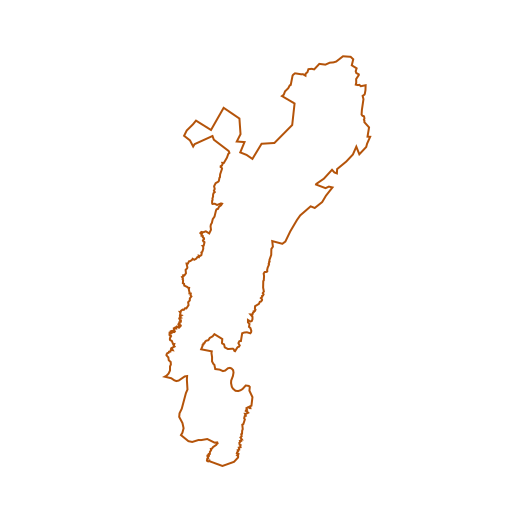 outline of Cuetzala del Progreso, Guerrero, Mexico, rotated 10°
{"feature_id": "50627088B8879527191332", "entity_name": "Cuetzala del Progreso", "entity_type": "district", "adm_level": 2, "iso_a3": "MEX", "parent_name": "Mexico", "parent_adm1": "Guerrero", "projection": "orthographic", "projection_center": [-99.835, 18.107], "detail": "fine", "context": "isolated", "style": "outline", "palette": "amber", "viewbox_px": 512, "rotation_deg": 10, "n_neighbors": 0, "source": "geoboundaries", "source_scale": "gbopen_adm2", "svg_char_len": 6104}
<svg xmlns="http://www.w3.org/2000/svg" viewBox="0 0 512 512"><g transform="rotate(10 256 256)"><path d="M187.1,390.7L193.8,391.1L197.1,392.6L199.3,393.0L201.5,392.1L206.7,387.0L209.0,386.2L209.4,389.8L211.7,399.4L210.8,403.1L209.4,419.3L208.0,424.2L208.3,427.8L212.6,433.3L214.6,438.2L214.2,442.9L213.2,445.4L221.6,450.1L225.5,450.2L231.3,447.2L234.0,446.8L239.8,444.7L247.6,447.0L250.2,446.3L250.7,447.2L249.8,448.2L249.7,448.9L246.9,451.6L246.1,453.3L245.0,453.8L245.5,455.1L244.6,457.0L244.9,458.9L243.9,459.2L244.4,461.0L244.2,461.4L242.9,460.9L242.8,461.3L244.1,463.8L243.2,464.2L243.2,466.0L243.6,466.4L244.6,466.6L245.7,465.7L245.9,466.2L259.4,468.6L270.1,462.5L273.3,457.6L273.2,456.3L272.1,455.6L273.0,454.8L273.1,453.9L271.4,453.6L271.6,452.4L272.3,451.4L271.7,450.4L273.1,449.6L272.3,447.7L274.0,447.0L273.5,445.9L273.7,444.9L272.6,444.6L272.0,442.9L272.8,441.6L272.4,440.9L273.6,440.6L273.3,439.2L273.9,439.1L272.2,437.4L273.2,436.0L272.4,434.1L273.1,433.5L272.7,430.4L273.0,428.8L271.8,424.5L272.7,423.8L273.4,418.9L272.5,417.8L272.7,415.6L273.7,415.1L272.5,413.3L273.6,413.1L275.5,411.7L274.1,410.7L272.8,410.3L272.9,409.7L273.9,409.1L273.0,407.5L274.7,406.1L276.0,406.9L276.9,406.8L276.2,405.1L277.5,404.2L277.0,395.6L272.9,389.8L272.6,386.0L271.5,385.2L268.4,385.3L265.8,389.4L264.1,390.9L261.9,392.1L259.2,392.3L256.3,390.6L254.9,389.0L253.5,385.5L253.2,382.9L254.1,378.2L254.1,374.7L253.3,372.4L251.4,371.0L249.7,370.7L247.9,371.4L245.5,374.2L243.4,375.1L239.9,374.2L235.5,374.4L233.9,370.4L232.8,369.7L231.0,367.4L230.3,363.2L229.0,359.4L229.0,357.6L218.2,357.4L219.0,353.8L218.8,353.0L219.7,352.2L219.4,351.3L220.5,350.5L220.9,349.0L221.8,348.0L223.7,347.2L224.7,344.7L227.2,342.7L228.6,340.2L237.2,343.6L237.6,347.6L237.9,348.0L239.9,348.6L241.1,351.4L244.5,352.5L249.3,351.3L250.3,351.8L251.2,353.2L251.9,353.4L253.5,349.4L254.1,348.7L254.9,348.4L255.5,346.9L253.9,345.1L253.9,344.3L254.5,342.7L255.9,342.4L255.8,334.5L257.7,333.4L260.3,332.7L263.8,333.1L264.4,332.0L264.4,330.6L263.0,327.9L261.4,327.0L261.4,324.1L259.6,322.7L259.2,320.4L261.9,321.5L263.1,320.8L263.5,318.9L263.1,316.5L260.7,314.5L262.7,314.2L262.8,312.5L263.6,311.6L263.3,310.9L264.6,310.2L264.8,308.9L264.1,308.4L263.8,305.6L267.2,302.6L267.7,300.5L268.9,299.9L269.6,298.5L269.5,297.6L268.1,296.6L269.2,295.1L268.9,294.3L269.8,293.6L270.1,292.4L269.1,291.4L269.9,289.6L268.5,285.9L267.5,279.4L267.9,278.7L267.4,274.3L266.6,272.0L267.3,270.3L269.3,269.8L269.8,269.0L269.4,267.9L269.5,265.4L270.3,262.2L269.8,261.6L270.1,260.9L269.9,259.6L270.4,259.2L269.9,257.8L270.8,252.3L269.9,246.4L271.0,243.9L269.4,238.5L279.8,239.4L282.4,236.7L285.5,225.7L290.1,213.4L292.5,208.3L301.2,197.6L305.5,198.5L311.8,191.4L314.4,184.5L319.4,175.2L315.7,175.0L312.7,177.1L302.7,175.2L302.8,174.6L309.4,168.1L315.9,157.9L318.7,160.1L321.3,160.6L320.8,156.3L328.5,147.3L333.8,139.2L335.8,130.9L340.1,137.9L345.6,129.5L345.9,126.1L347.7,118.8L345.1,119.1L345.0,109.7L339.5,105.4L339.2,103.7L338.6,103.1L338.9,101.7L338.3,100.1L337.8,99.5L336.6,99.5L335.4,98.4L334.9,93.6L334.6,82.9L333.2,79.8L334.8,78.2L335.0,77.3L335.0,73.7L334.3,68.8L329.7,70.6L328.1,69.5L326.7,70.0L324.5,69.9L324.6,67.8L323.9,64.3L325.8,60.0L325.7,59.3L323.0,58.4L322.1,56.7L322.5,53.7L317.2,51.6L317.6,45.4L314.6,43.4L307.0,44.2L301.2,50.6L298.6,51.9L295.1,52.8L291.1,55.5L285.0,55.8L280.9,62.1L278.3,62.0L275.2,62.9L274.7,66.1L273.2,67.8L273.4,69.8L270.6,68.8L269.1,69.2L263.4,69.3L262.6,69.4L261.1,71.1L260.7,72.0L260.5,81.5L259.6,82.1L258.6,85.2L256.0,88.8L255.3,92.4L253.8,94.0L267.5,99.1L268.9,120.7L254.5,141.5L242.0,144.5L235.6,161.0L229.2,158.1L222.5,156.7L224.9,145.8L217.2,146.6L219.6,138.7L215.8,123.5L198.4,115.7L189.8,139.7L173.4,133.1L171.1,137.2L166.0,144.4L164.3,150.1L170.9,153.6L175.1,159.1L176.1,156.5L192.3,145.4L194.3,148.8L209.8,156.8L211.0,157.5L211.9,159.1L211.0,160.2L210.3,164.2L208.2,169.9L206.7,170.1L207.2,170.9L206.8,172.6L205.6,173.7L205.8,174.6L206.6,174.7L207.4,175.9L206.5,181.8L206.8,184.7L206.4,185.4L206.4,188.4L206.0,189.3L203.6,191.3L202.6,194.6L203.7,197.1L203.2,199.1L204.3,200.2L203.2,201.6L203.1,203.4L203.4,204.9L203.1,207.0L203.5,208.3L203.2,209.3L203.6,211.6L204.1,212.3L206.3,211.7L208.8,212.5L212.4,210.3L213.5,210.4L212.8,212.1L211.0,214.0L210.4,216.2L209.1,216.8L208.7,218.1L208.3,224.4L207.0,227.2L206.8,231.0L206.1,232.9L206.1,234.7L207.1,238.0L206.0,241.9L202.3,240.4L199.9,241.8L198.0,241.8L197.2,243.1L197.8,243.6L198.9,243.4L198.8,245.5L200.2,245.6L200.4,246.9L201.7,247.5L201.9,248.4L201.0,249.8L201.6,250.8L202.7,251.1L202.9,251.6L202.7,254.8L201.7,255.3L202.3,255.7L202.8,258.0L202.4,261.1L201.6,262.0L202.1,262.9L202.0,264.7L200.7,265.8L199.5,265.6L199.9,267.1L198.5,267.2L197.6,269.0L195.9,270.4L194.1,269.8L194.0,270.5L192.2,272.4L191.0,272.8L190.2,275.3L188.9,275.5L190.4,279.1L190.3,280.1L189.1,281.9L190.0,285.2L189.1,287.1L187.6,287.7L188.1,288.6L186.8,289.5L187.9,290.7L187.8,291.8L188.4,292.4L188.7,295.5L190.0,295.9L190.5,297.6L193.6,298.4L194.3,299.0L195.7,299.0L195.7,300.8L196.8,303.3L196.9,304.4L198.3,304.3L198.4,306.1L199.4,307.0L198.2,309.2L198.5,311.3L197.2,313.3L198.1,316.1L196.5,319.7L195.3,319.7L194.2,321.6L193.1,321.5L191.7,322.9L191.5,324.2L190.7,324.3L191.5,325.2L191.4,327.3L192.9,327.5L191.7,328.7L192.1,329.3L191.8,329.9L192.5,330.1L191.3,330.8L192.2,332.3L193.2,332.4L193.4,333.8L192.1,334.4L192.6,336.0L191.7,335.9L191.4,336.8L192.2,338.1L193.3,337.3L194.0,337.5L194.0,337.9L192.6,340.0L190.1,339.3L189.7,340.4L190.0,341.3L189.0,341.4L189.2,340.8L188.8,340.5L187.6,341.5L188.5,343.7L189.2,344.3L188.8,345.1L188.1,345.2L187.2,344.2L186.5,344.2L185.6,344.7L186.6,345.5L186.4,346.4L185.5,346.6L184.7,346.0L184.2,346.3L184.5,348.8L185.0,349.2L185.8,348.9L186.3,349.6L185.5,351.8L185.7,353.2L186.1,353.8L187.8,354.2L189.7,357.2L190.8,356.9L190.6,358.6L191.5,359.3L188.6,361.5L188.5,362.0L189.5,362.1L190.4,363.2L188.8,363.2L188.3,363.9L188.3,365.0L186.9,365.4L186.7,366.5L185.5,367.1L185.0,368.4L185.1,369.4L187.3,371.1L188.2,373.8L190.4,375.2L191.0,377.7L190.5,379.6L191.2,383.7L190.3,387.0L188.6,389.5L187.1,390.7Z" fill="none" stroke="#b45309" stroke-width="2"/></g></svg>